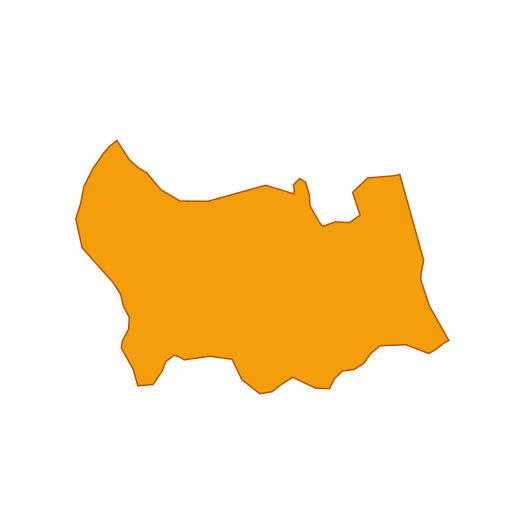 outline of Sakarya, rotated 62°
{"feature_id": "TUR-2267", "entity_name": "Sakarya", "entity_type": "Province", "adm_level": 1, "iso_a3": "TUR", "parent_name": "Turkey", "parent_adm1": "", "projection": "robinson", "projection_center": [30.503, 40.751], "detail": "fine", "context": "isolated", "style": "filled", "palette": "amber", "viewbox_px": 512, "rotation_deg": 62, "n_neighbors": 0, "source": "natural_earth", "source_scale": "10m", "svg_char_len": 1016}
<svg xmlns="http://www.w3.org/2000/svg" viewBox="0 0 512 512"><g transform="rotate(62 256 256)"><path d="M251.5,90.7L338.6,110.0L349.3,118.7L354.3,121.7L381.8,126.4L421.3,125.4L420.9,129.3L422.8,140.6L423.3,149.2L404.8,165.2L393.5,188.5L395.9,200.5L401.3,210.9L402.2,222.8L398.1,233.9L401.2,244.4L407.6,253.4L400.7,265.5L380.3,280.5L381.2,293.1L383.4,305.5L379.5,317.2L358.6,326.5L336.0,325.6L322.9,343.7L313.9,368.2L308.9,371.1L305.1,375.1L307.0,385.3L313.7,393.1L321.2,407.2L315.1,421.3L298.1,417.6L273.8,418.1L268.3,413.8L260.6,402.6L250.5,396.7L237.9,396.6L226.0,393.5L212.0,394.7L167.2,405.7L138.7,397.7L126.7,385.6L114.0,375.5L102.5,359.4L93.4,341.7L90.3,333.4L88.7,324.6L111.2,322.7L121.7,319.0L131.7,313.3L153.1,308.8L171.8,297.3L185.1,272.7L198.1,214.2L219.1,193.3L215.2,191.0L210.8,189.7L208.1,181.1L213.9,177.6L226.8,180.1L237.2,184.8L255.3,184.3L261.1,183.2L263.1,170.0L270.4,157.8L268.8,144.9L245.2,140.8L239.5,120.8L249.9,96.6L251.5,90.7Z" fill="#f59e0b" stroke="#b45309" stroke-width="1.5"/></g></svg>